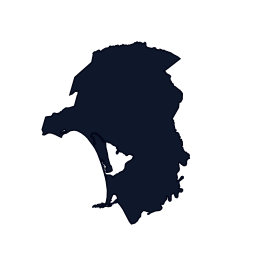 the district of Tela, Atlántida, Honduras, rotated 208°
{"feature_id": "27666195B55788691524887", "entity_name": "Tela", "entity_type": "district", "adm_level": 2, "iso_a3": "HND", "parent_name": "Honduras", "parent_adm1": "Atlántida", "projection": "robinson", "projection_center": [-87.586, 15.716], "detail": "fine", "context": "isolated", "style": "filled", "palette": "ink", "viewbox_px": 256, "rotation_deg": 208, "n_neighbors": 0, "source": "geoboundaries", "source_scale": "gbopen_adm2", "svg_char_len": 5801}
<svg xmlns="http://www.w3.org/2000/svg" viewBox="0 0 256 256"><g transform="rotate(208 128 128)"><path d="M200.2,82.3L199.8,82.2L198.4,83.0L196.7,85.7L195.7,86.6L193.4,87.7L189.5,88.3L182.7,88.5L182.5,88.9L182.9,89.9L182.7,91.2L182.0,92.9L180.3,94.5L181.1,94.9L181.6,95.7L181.8,95.1L183.1,94.5L183.5,93.8L183.2,93.5L183.9,93.1L183.8,92.3L184.7,91.7L185.3,92.3L185.1,94.6L183.5,97.0L182.7,97.0L181.5,96.3L181.0,95.2L180.1,94.7L177.7,98.7L174.5,101.1L171.1,102.0L166.7,102.0L162.3,101.3L159.0,100.3L151.1,96.6L150.6,96.7L150.1,96.0L147.8,94.9L142.7,91.3L133.9,83.4L126.6,76.0L126.4,76.3L126.7,76.6L129.8,79.9L130.1,80.8L130.5,80.8L130.4,81.2L131.0,81.1L130.9,81.5L131.4,81.6L132.7,82.9L132.3,83.1L132.9,83.2L133.5,83.9L133.9,83.8L135.0,85.0L135.8,87.1L136.2,87.3L135.9,88.1L135.1,87.4L134.0,87.5L134.3,87.0L132.2,84.8L132.3,85.1L131.1,85.3L130.5,84.7L129.1,84.5L128.4,83.4L128.7,83.1L128.5,81.9L128.1,81.0L127.2,80.3L127.0,79.3L126.4,78.9L125.8,79.0L123.6,80.6L122.2,82.7L122.2,83.2L124.5,85.8L125.6,86.6L126.7,86.8L132.2,92.6L134.1,95.4L138.8,100.7L140.5,103.7L141.6,104.5L144.1,104.0L146.5,106.0L149.6,107.1L153.5,107.7L156.3,106.8L156.6,106.5L156.8,104.9L156.1,103.3L155.3,103.0L155.1,103.3L155.8,103.5L154.8,103.6L154.9,103.1L154.2,103.3L153.2,102.8L149.7,99.1L149.6,97.6L150.3,97.0L150.9,96.9L150.5,98.2L151.2,99.6L153.9,102.2L156.6,103.2L157.1,103.8L157.4,105.0L156.8,106.2L156.8,107.1L155.3,108.0L153.3,108.5L148.8,107.8L148.7,108.4L148.5,107.8L145.0,106.2L143.8,105.2L142.0,105.9L140.3,105.6L139.3,106.3L137.8,106.1L137.0,106.7L132.6,106.0L130.8,106.4L129.3,106.1L129.1,105.8L128.3,106.1L128.5,104.9L126.8,104.2L126.6,103.1L126.9,101.5L126.6,100.7L125.9,100.0L125.4,100.2L125.1,100.9L125.4,102.4L124.5,103.2L125.2,103.0L125.4,103.7L124.9,103.4L124.9,103.8L124.1,103.8L123.4,103.5L121.5,104.2L119.7,103.6L118.5,103.9L117.6,103.2L117.3,103.6L116.3,103.2L115.9,103.5L115.4,104.8L114.7,105.5L113.7,105.9L111.2,106.0L111.8,107.7L110.8,105.9L109.5,105.5L109.2,104.7L109.7,104.0L109.5,102.6L110.3,100.6L112.0,98.3L113.1,95.6L113.1,94.8L111.6,90.7L112.2,87.4L114.4,84.8L115.0,83.0L116.5,81.7L116.6,80.9L117.5,79.6L118.1,76.7L118.2,78.3L119.2,77.9L121.4,78.0L125.1,76.3L125.0,75.7L124.2,75.0L122.5,71.6L126.1,76.2L126.5,75.7L124.9,74.1L121.7,70.2L116.8,63.3L113.9,57.4L112.3,52.5L112.2,50.5L112.4,49.9L113.2,49.9L113.9,49.3L114.8,49.7L115.6,49.3L115.6,48.4L118.8,46.1L119.1,44.9L120.8,44.3L121.8,42.9L122.0,41.8L121.8,41.7L121.4,42.3L120.1,43.2L119.3,43.0L118.8,44.0L117.6,44.2L116.8,45.2L115.6,45.2L115.4,44.6L115.0,44.7L114.9,45.3L114.1,45.8L114.5,46.0L114.6,46.6L114.0,47.1L114.0,47.6L112.8,47.7L113.3,46.3L112.9,46.1L111.6,48.1L110.5,48.8L111.5,49.3L111.3,50.4L110.6,51.1L109.6,51.2L108.6,50.7L108.7,50.2L109.4,49.6L109.3,49.2L108.4,49.5L106.6,50.9L106.3,51.9L106.8,52.2L106.6,53.3L105.6,54.1L105.6,54.7L106.8,54.1L108.1,50.8L108.2,52.5L108.5,53.1L108.9,53.0L109.2,53.5L109.6,54.9L109.0,56.1L109.7,56.5L110.1,57.1L109.8,58.1L110.2,59.5L110.2,62.5L108.8,63.3L107.5,63.6L104.8,62.1L103.7,60.0L104.7,59.0L105.7,55.4L105.0,55.3L104.7,55.8L103.9,56.0L103.1,56.9L102.9,57.9L99.1,56.6L94.1,54.0L82.7,46.2L80.0,45.0L77.5,47.3L76.3,50.5L76.3,53.3L75.5,55.7L76.8,58.6L76.1,62.1L74.9,62.9L70.2,63.8L69.6,63.5L69.2,62.7L69.3,61.9L70.1,61.6L70.0,61.3L69.5,61.4L68.1,64.1L64.8,67.9L62.0,69.8L61.0,70.9L60.5,72.4L60.7,73.6L62.8,75.1L63.4,76.3L63.3,76.8L61.8,76.8L61.1,77.5L61.3,80.3L60.6,83.5L62.0,85.7L61.4,86.3L60.3,86.2L57.9,83.3L57.2,83.0L56.6,83.2L56.2,84.0L56.2,84.6L58.4,88.6L58.3,90.4L57.6,91.4L56.5,91.8L53.6,89.3L52.2,89.5L51.8,90.6L53.1,93.2L53.3,95.4L52.8,95.9L50.9,96.6L50.4,98.1L50.9,99.1L51.8,99.4L54.8,98.3L55.1,100.7L57.7,103.6L57.9,105.1L55.8,109.7L56.3,110.7L57.1,110.8L57.8,110.1L58.3,106.0L59.9,104.4L60.7,105.0L61.3,107.5L63.8,110.2L63.8,111.7L63.2,113.7L63.2,114.8L63.7,116.1L66.5,119.7L66.9,121.3L66.6,121.8L65.9,122.0L63.6,121.2L61.4,121.0L60.3,121.4L59.5,122.3L59.6,123.7L60.8,126.0L61.0,127.2L60.6,129.0L59.7,130.1L60.8,131.3L61.1,132.6L62.2,133.3L64.2,133.2L65.0,133.8L66.5,133.3L69.0,134.5L69.3,135.0L70.0,134.8L70.4,136.2L71.8,136.4L72.1,137.3L71.9,138.1L72.5,138.4L72.3,138.9L74.0,141.6L74.5,141.7L75.0,141.2L75.5,142.7L76.3,142.1L77.0,142.6L78.0,143.6L77.7,144.1L78.0,144.6L79.0,144.9L80.4,146.5L81.9,147.1L83.6,146.7L84.7,147.0L85.0,147.5L84.7,148.6L86.0,148.7L89.1,152.5L90.0,154.3L91.0,154.6L91.1,155.6L93.5,156.8L93.1,169.7L95.1,174.5L93.8,175.8L93.8,178.8L96.2,183.8L98.2,184.9L98.9,184.7L99.9,185.6L100.6,185.4L106.0,186.5L107.6,186.3L108.9,187.9L110.7,188.1L112.0,189.4L113.0,189.5L114.8,192.0L114.6,193.1L114.8,193.6L116.1,194.0L118.5,193.9L120.5,194.3L121.4,195.0L123.1,194.9L114.7,213.5L117.2,214.0L122.8,214.0L125.3,214.3L131.6,213.3L132.5,213.5L133.2,213.1L133.5,212.3L134.4,212.7L136.5,212.5L136.3,211.7L140.1,210.4L141.0,211.3L141.8,211.4L143.2,210.6L143.9,209.4L148.8,208.0L151.0,208.9L152.1,211.0L153.0,211.5L153.2,211.4L152.9,210.3L154.2,209.9L154.7,209.3L157.0,209.3L158.2,208.8L158.9,208.0L160.4,208.1L161.0,206.9L162.0,206.3L162.2,205.2L165.6,201.6L166.3,201.4L167.1,200.3L168.4,200.3L170.1,199.2L171.6,199.2L171.7,198.2L173.3,197.2L174.2,195.5L175.7,196.3L176.6,195.3L177.2,195.1L178.3,193.4L179.3,193.3L180.9,192.0L182.2,191.8L182.5,191.2L182.2,190.5L183.6,188.8L185.0,188.0L187.0,184.9L187.5,183.3L188.7,182.2L189.6,183.0L190.1,183.0L191.3,181.6L191.6,180.2L192.9,179.7L193.4,179.1L193.8,177.5L193.3,177.2L193.0,176.5L190.7,169.0L198.6,147.8L194.9,130.2L193.3,132.1L192.1,135.5L189.1,137.4L187.8,134.0L187.9,133.0L185.4,122.1L189.3,118.0L192.3,116.4L193.8,113.2L194.2,111.1L195.1,110.5L195.0,109.0L195.7,108.9L196.4,108.1L196.3,107.4L196.9,107.5L198.8,106.6L199.5,106.7L200.6,105.9L200.8,105.4L200.6,103.6L201.0,103.0L200.8,102.4L204.6,99.9L205.6,98.8L203.0,86.3L200.7,84.5L200.2,83.6L200.2,82.3Z" fill="#0f172a" stroke="#020617" stroke-width="1.5"/></g></svg>